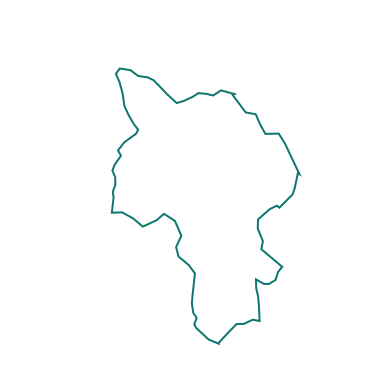 Gimje-si, North Jeolla, South Korea (orthographic projection), rotated 40°
{"feature_id": "91817680B35753357340942", "entity_name": "Gimje-si", "entity_type": "district", "adm_level": 2, "iso_a3": "KOR", "parent_name": "South Korea", "parent_adm1": "North Jeolla", "projection": "orthographic", "projection_center": [126.91, 35.788], "detail": "fine", "context": "isolated", "style": "outline", "palette": "teal", "viewbox_px": 384, "rotation_deg": 40, "n_neighbors": 0, "source": "geoboundaries", "source_scale": "gbopen_adm2", "svg_char_len": 1227}
<svg xmlns="http://www.w3.org/2000/svg" viewBox="0 0 384 384"><g transform="rotate(40 192 192)"><path d="M309.2,191.3L289.1,191.3L281.9,191.3L277.9,184.1L265.8,177.7L260.2,170.4L262.6,155.2L265.8,147.9L269.0,147.9L270.6,129.2L268.2,123.0L260.9,109.4L262.7,109.2L232.2,95.2L220.9,91.5L210.9,100.3L200.9,96.5L190.8,91.5L182.0,96.5L160.7,91.5L161.5,89.7L148.9,95.5L146.2,104.4L140.1,107.5L133.4,112.1L131.3,118.8L127.2,127.5L123.1,133.7L109.7,133.1L101.5,132.1L90.7,131.1L84.5,132.6L76.3,137.7L66.5,138.2L57.3,143.8L57.8,150.5L65.5,154.2L75.2,160.9L85.0,169.6L93.7,173.7L104.0,177.4L110.7,178.9L111.7,183.5L110.2,189.2L108.1,198.0L108.3,201.4L108.6,207.7L114.2,209.8L115.3,221.1L117.3,226.8L123.5,229.9L128.6,235.6L131.2,242.8L135.3,246.4L143.9,259.4L151.6,252.5L163.7,250.1L176.6,250.1L183.0,236.4L184.6,226.7L197.5,225.1L212.0,232.4L215.2,244.4L223.2,250.1L236.9,250.1L246.6,252.5L254.6,264.5L259.5,271.8L263.5,277.4L270.7,283.8L276.4,285.4L278.8,291.9L282.8,293.5L299.7,294.3L310.1,291.0L309.4,290.2L310.2,275.7L311.0,264.5L316.6,259.6L320.6,250.8L326.7,247.4L316.6,236.3L309.3,229.1L302.9,224.3L297.2,217.8L306.1,216.2L310.1,213.0L312.5,205.7L309.3,197.7L309.2,191.3Z" fill="none" stroke="#0f766e" stroke-width="2"/></g></svg>